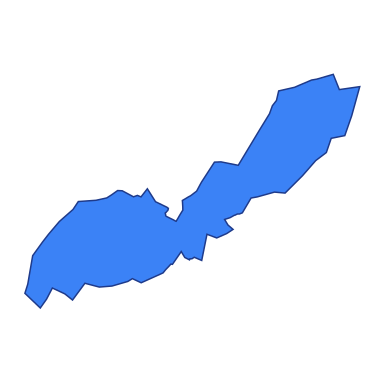 outline of Bugat, Bayan-Ölgiy, Mongolia, rotated 99°
{"feature_id": "93677404B60998185395331", "entity_name": "Bugat", "entity_type": "district", "adm_level": 2, "iso_a3": "MNG", "parent_name": "Mongolia", "parent_adm1": "Bayan-Ölgiy", "projection": "robinson", "projection_center": [90.024, 49.009], "detail": "fine", "context": "isolated", "style": "filled", "palette": "blue", "viewbox_px": 384, "rotation_deg": 99, "n_neighbors": 0, "source": "geoboundaries", "source_scale": "gbopen_adm2", "svg_char_len": 1743}
<svg xmlns="http://www.w3.org/2000/svg" viewBox="0 0 384 384"><g transform="rotate(99 192 192)"><path d="M258.1,171.7L231.4,170.6L233.5,160.4L227.6,151.2L222.5,145.6L219.0,151.3L214.0,155.5L211.4,150.4L209.7,148.2L208.4,146.6L208.0,145.6L207.2,144.6L206.6,143.6L206.3,141.7L204.7,139.0L188.7,132.7L186.6,126.7L179.2,110.5L178.5,99.9L158.6,85.4L141.6,74.7L132.0,65.5L117.2,62.9L112.4,49.9L91.8,46.2L61.7,42.8L67.8,62.5L53.7,70.9L61.0,86.4L62.7,91.4L69.3,102.0L72.5,107.0L78.6,122.2L88.4,122.9L94.2,126.1L102.6,127.7L119.4,134.7L158.4,150.5L157.7,168.1L159.0,174.5L177.7,182.8L180.6,184.1L183.3,185.1L189.1,187.1L189.9,187.4L190.3,187.5L191.1,188.2L193.5,190.5L194.9,191.8L196.0,192.9L196.8,194.0L197.4,194.8L199.7,197.5L201.9,200.2L202.5,200.0L202.9,200.0L203.5,199.8L205.4,199.4L208.1,198.8L211.0,198.3L211.3,198.2L214.1,199.4L217.3,200.7L220.5,201.9L223.4,203.1L223.4,203.4L222.4,206.1L221.5,209.0L221.3,209.7L220.6,211.9L220.3,212.9L219.9,213.9L219.4,214.3L218.9,214.4L218.2,214.6L217.6,214.9L217.2,215.1L216.8,215.1L216.6,215.0L216.3,214.5L214.5,213.4L214.2,213.1L213.6,212.9L212.6,212.8L211.8,212.8L211.5,213.5L211.0,214.3L207.3,226.5L195.8,236.6L204.8,241.6L203.9,245.4L205.9,249.0L201.7,261.1L202.2,265.7L207.5,271.1L211.2,275.3L215.2,285.5L219.2,302.8L227.9,306.8L241.9,318.4L256.2,327.1L264.6,331.7L279.8,339.4L308.7,339.8L318.2,341.2L330.3,323.7L320.6,318.9L308.7,314.9L312.5,301.7L317.4,293.1L298.9,283.5L300.4,268.7L297.4,256.3L290.4,241.4L286.9,237.3L289.6,228.0L276.4,207.9L273.2,206.1L271.0,204.6L269.6,203.6L267.3,202.1L266.5,201.6L266.5,200.0L252.5,193.3L257.8,188.9L259.4,183.9L258.5,183.8L258.2,183.3L258.3,182.7L258.0,182.1L257.9,181.5L256.1,179.6L258.1,171.7Z" fill="#3b82f6" stroke="#1e3a8a" stroke-width="1.5"/></g></svg>